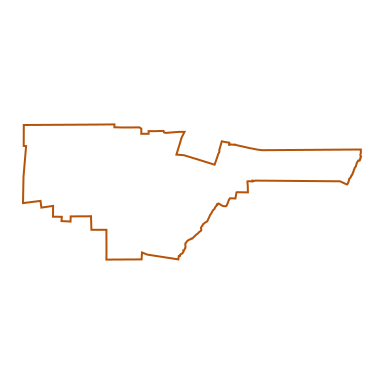 Bacalar, Quintana Roo, Mexico
{"feature_id": "50627088B87487449340620", "entity_name": "Bacalar", "entity_type": "district", "adm_level": 2, "iso_a3": "MEX", "parent_name": "Mexico", "parent_adm1": "Quintana Roo", "projection": "orthographic", "projection_center": [-88.163, 18.929], "detail": "fine", "context": "isolated", "style": "outline", "palette": "amber", "viewbox_px": 384, "rotation_deg": 0, "n_neighbors": 0, "source": "geoboundaries", "source_scale": "gbopen_adm2", "svg_char_len": 5195}
<svg xmlns="http://www.w3.org/2000/svg" viewBox="0 0 384 384"><path d="M23.0,203.1L40.5,200.9L41.4,207.6L53.1,205.9L53.0,216.7L61.8,216.8L61.8,217.3L61.5,221.1L68.1,221.4L70.5,221.6L70.7,216.4L88.4,216.3L91.0,216.2L91.4,229.8L105.3,229.8L106.4,229.8L106.5,251.9L106.4,259.6L141.6,259.4L142.0,252.5L147.3,254.6L178.3,259.4L178.8,256.0L179.9,256.0L179.9,255.7L180.0,255.4L179.9,255.2L180.0,255.0L180.1,254.9L180.4,254.8L180.6,254.6L180.7,254.4L180.8,254.3L180.8,254.1L181.9,253.6L182.1,253.6L182.3,253.4L182.5,253.2L182.8,252.7L183.2,252.3L183.4,251.9L183.6,251.6L183.6,251.4L183.3,251.1L183.3,250.9L183.5,251.0L183.6,250.7L184.0,250.3L184.1,250.1L184.3,249.8L184.5,249.5L184.5,249.3L184.7,249.1L184.8,248.9L185.0,248.3L185.2,248.2L185.3,248.1L185.3,247.8L185.5,247.4L185.5,247.1L185.5,246.8L185.4,246.7L185.4,245.6L185.4,245.2L185.3,244.7L185.4,244.4L185.3,244.1L185.4,243.9L185.4,243.6L185.5,243.6L185.8,243.0L186.0,242.7L186.2,242.4L186.3,242.2L186.7,241.8L186.8,241.6L187.1,241.3L187.2,241.1L187.3,240.9L187.8,240.6L188.8,239.8L189.3,239.6L189.8,239.5L190.0,239.5L190.3,239.4L190.6,239.3L190.6,239.2L190.8,239.0L191.0,238.7L191.5,238.5L191.8,238.7L192.0,238.7L192.3,238.5L192.5,238.4L193.0,237.9L193.2,237.7L193.4,237.4L193.7,237.1L193.9,236.9L194.2,236.6L194.9,236.0L195.4,235.5L195.8,235.1L196.1,234.8L196.5,234.5L197.2,233.9L197.6,233.7L198.0,233.3L198.4,232.9L198.8,232.4L199.0,232.2L199.6,231.7L200.3,231.3L201.1,230.6L201.3,230.3L201.3,230.0L201.3,229.6L201.2,229.0L200.9,228.5L200.9,228.4L201.0,228.1L201.0,227.8L201.1,227.5L201.2,227.3L201.4,226.9L201.7,226.5L202.2,225.7L202.4,225.5L202.5,225.5L202.5,225.3L202.7,225.0L202.7,224.9L202.8,224.6L202.9,224.4L203.5,223.9L203.8,223.7L204.1,223.5L204.7,222.9L205.2,222.5L205.9,222.2L206.7,221.7L206.9,221.6L207.2,221.3L207.4,221.0L207.7,220.5L207.9,219.8L208.5,218.6L208.7,218.2L208.8,218.1L209.3,217.0L209.3,216.9L209.4,216.7L209.6,216.2L209.8,215.7L209.9,215.4L210.0,215.2L210.2,214.9L210.4,214.7L210.8,214.1L211.2,213.5L211.4,213.1L211.7,212.6L211.8,212.5L211.9,212.3L212.3,211.4L212.5,211.1L213.1,210.1L213.6,209.6L213.9,209.5L214.0,209.4L214.5,208.9L214.7,208.3L214.8,208.1L214.9,207.8L215.3,207.1L215.5,206.9L215.7,206.6L215.9,206.4L216.0,206.2L216.3,205.9L216.4,205.6L216.5,205.5L216.6,205.4L216.8,205.4L217.0,205.2L216.8,205.0L216.9,204.6L216.9,204.4L217.0,204.2L217.4,203.9L217.6,203.9L218.0,203.9L218.3,203.6L218.5,203.5L218.8,203.6L219.3,204.0L219.5,204.1L220.5,204.6L221.0,205.0L221.8,205.4L222.4,205.7L222.7,205.9L223.0,206.0L223.5,206.1L224.0,206.1L224.4,206.1L224.7,206.2L225.1,206.3L225.5,206.3L226.0,206.2L226.4,205.8L226.6,205.7L227.2,204.3L227.4,203.9L227.5,203.6L227.6,203.3L227.9,202.7L228.0,202.4L228.1,202.2L228.3,201.5L228.4,201.2L228.5,201.0L228.7,200.5L228.7,200.2L229.3,199.4L229.5,198.9L229.7,198.5L229.9,198.5L230.0,198.3L232.0,198.3L235.4,198.5L236.5,192.4L237.2,192.2L247.9,192.4L247.8,186.7L247.4,181.4L248.4,181.2L252.2,181.4L252.3,180.6L252.6,180.6L252.8,180.6L252.8,181.3L255.5,180.6L340.1,181.3L346.6,184.4L347.3,184.4L347.5,184.0L347.5,183.9L347.6,183.7L347.8,183.4L347.9,183.1L348.0,183.0L348.1,182.8L348.2,182.5L348.3,182.4L348.4,182.1L348.5,182.0L348.6,181.6L348.7,181.1L348.9,180.6L348.9,180.3L349.0,180.1L349.1,179.6L349.2,178.8L349.3,178.7L349.7,178.5L349.8,178.3L350.1,178.0L350.2,177.9L350.3,177.7L350.5,177.4L350.6,177.2L350.8,177.0L350.8,176.9L350.9,176.6L351.1,176.5L351.2,176.2L351.3,176.1L351.3,175.8L351.5,175.8L351.6,175.6L351.6,175.4L351.8,175.2L351.9,174.9L352.0,174.9L352.2,174.7L352.4,174.4L352.5,174.2L352.7,173.7L352.7,173.0L352.9,172.7L353.1,172.4L353.1,172.2L353.4,172.0L353.4,171.8L353.5,171.4L353.5,171.2L353.7,170.7L353.8,170.2L354.0,169.6L354.2,169.4L354.3,168.8L354.6,168.3L354.6,168.0L354.9,167.7L355.0,167.4L355.2,167.2L355.5,166.9L355.6,166.7L355.9,166.4L356.0,166.2L356.0,165.8L356.1,165.5L356.1,165.3L356.3,165.0L356.4,164.8L356.3,164.4L356.4,164.2L356.5,163.8L356.7,163.3L356.8,163.1L357.0,162.6L357.2,162.4L357.3,162.0L357.4,161.9L357.5,161.8L357.5,161.6L357.7,161.4L357.8,161.2L358.0,161.0L358.2,160.6L358.4,160.6L359.2,160.7L359.4,160.6L359.5,160.6L359.5,160.4L359.7,160.2L359.8,160.0L359.8,159.8L360.0,159.7L359.9,159.5L360.0,159.4L360.0,159.2L360.2,158.9L360.2,158.6L360.3,158.3L360.3,158.2L360.5,158.1L360.4,157.9L360.4,157.7L360.6,157.4L360.7,157.1L360.8,157.1L360.9,156.8L361.0,156.6L360.8,156.5L360.8,156.3L360.8,156.1L360.5,155.7L360.4,155.5L360.3,155.1L360.4,154.5L360.5,154.1L360.6,153.9L360.6,153.7L360.8,153.0L360.9,152.8L360.8,152.2L360.9,151.1L360.8,150.8L360.9,150.5L360.8,149.5L262.2,150.2L258.0,149.7L249.1,148.0L245.3,147.1L236.7,145.2L235.3,144.7L235.3,144.9L230.3,144.4L230.0,144.9L229.3,144.9L229.0,144.8L229.3,142.7L225.0,142.0L221.8,141.3L220.2,146.9L219.2,150.4L219.4,150.8L219.3,152.3L218.4,153.6L217.7,155.6L217.7,155.8L214.6,164.7L198.3,159.6L196.4,159.0L194.6,158.5L183.9,155.2L176.4,154.6L179.7,144.0L181.6,137.6L184.5,131.9L178.3,131.9L169.6,132.6L165.8,132.9L164.0,132.4L163.5,130.9L153.8,131.2L152.3,131.1L148.6,131.1L148.6,133.8L141.3,133.8L141.3,128.7L139.5,127.4L124.4,127.5L114.4,127.3L114.4,124.4L104.7,124.5L93.4,124.6L23.8,125.0L23.7,145.9L26.1,146.1L23.5,176.8L23.0,203.1Z" fill="none" stroke="#b45309" stroke-width="2"/></svg>